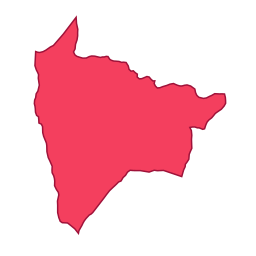 Pitangueiras, São Paulo, Brazil (Equal Earth projection), rotated 183°
{"feature_id": "56859067B99989140869249", "entity_name": "Pitangueiras", "entity_type": "district", "adm_level": 2, "iso_a3": "BRA", "parent_name": "Brazil", "parent_adm1": "São Paulo", "projection": "equal_earth", "projection_center": [-48.264, -21.003], "detail": "fine", "context": "isolated", "style": "filled", "palette": "rose", "viewbox_px": 256, "rotation_deg": 183, "n_neighbors": 0, "source": "geoboundaries", "source_scale": "gbopen_adm2", "svg_char_len": 2380}
<svg xmlns="http://www.w3.org/2000/svg" viewBox="0 0 256 256"><g transform="rotate(183 128 128)"><path d="M31.8,157.8L32.0,160.7L32.4,163.7L33.4,167.0L36.3,167.0L38.3,166.8L43.2,166.8L46.3,164.8L48.0,164.0L51.3,162.1L54.2,161.5L56.4,161.9L58.9,162.4L61.0,164.2L62.4,166.9L63.3,170.4L67.6,173.2L71.3,174.1L73.9,173.6L76.3,172.8L78.3,172.7L80.6,173.2L82.6,173.9L84.9,174.8L88.3,174.0L91.6,172.5L95.6,171.1L98.2,169.9L100.8,169.5L102.9,171.4L104.2,173.8L103.7,176.5L105.6,176.3L107.7,178.0L109.5,180.0L111.8,180.4L114.5,179.1L116.8,178.0L119.3,177.7L121.5,179.4L121.5,182.3L123.5,183.5L125.7,185.4L127.9,184.9L130.0,186.6L131.0,190.0L133.3,193.3L135.9,193.5L137.9,193.2L140.4,194.0L143.3,194.1L145.7,194.1L148.0,194.7L149.8,195.6L151.7,198.3L153.5,198.4L155.4,197.7L157.3,197.6L159.3,197.0L161.6,197.4L164.9,198.0L168.1,198.0L170.4,197.3L173.3,195.7L176.8,195.4L179.9,196.1L182.9,196.9L184.9,198.3L186.4,201.1L185.0,204.2L184.8,208.8L183.5,213.4L183.1,217.4L183.3,220.6L183.3,223.9L184.9,229.8L185.6,235.8L197.5,218.4L206.8,206.5L209.8,204.8L211.7,203.3L214.0,201.5L216.8,199.8L220.1,198.8L222.1,198.9L224.2,199.5L224.2,185.4L222.6,181.3L221.1,178.7L220.1,176.6L220.2,173.1L219.5,169.5L218.8,166.2L219.9,160.2L221.5,157.3L221.8,153.5L222.7,150.9L222.8,147.4L222.0,144.8L221.6,142.5L221.2,138.9L219.9,135.8L218.0,134.6L217.5,131.3L217.2,128.3L214.7,127.3L213.4,124.9L212.9,118.9L211.8,115.3L208.7,108.7L208.2,106.2L207.7,100.0L206.1,94.3L204.3,91.0L201.7,85.8L201.7,82.0L201.4,79.3L199.7,76.4L198.8,73.6L198.4,71.1L198.3,66.5L196.3,62.9L194.2,60.1L193.6,57.6L194.6,51.3L194.2,47.3L194.0,43.3L193.8,39.8L192.4,34.9L190.8,31.3L188.7,30.0L183.4,30.0L181.1,28.4L175.9,24.6L172.0,20.2L171.6,23.0L170.1,26.0L168.9,28.4L168.0,30.6L166.8,33.0L165.2,35.4L163.7,37.2L162.1,39.1L160.4,40.1L158.8,41.7L148.3,56.9L146.2,60.1L143.2,64.4L140.1,67.7L136.8,71.1L134.6,73.6L132.2,74.7L130.3,78.3L128.0,80.6L126.2,83.9L123.7,85.9L120.6,85.8L117.2,85.9L113.5,86.1L104.6,85.1L99.6,87.2L96.5,86.9L90.3,87.5L71.8,82.3L71.1,85.4L70.2,89.2L68.9,92.3L68.8,94.8L67.3,97.0L65.6,100.0L65.5,104.9L64.5,107.8L63.2,111.1L63.5,114.1L64.0,119.9L63.9,124.1L64.6,128.8L66.3,131.8L63.5,132.4L61.2,132.5L58.8,131.8L57.0,131.9L53.3,130.6L51.5,131.2L50.4,135.3L49.3,138.1L47.6,140.3L45.0,142.5L43.3,144.7L41.6,147.1L39.5,148.8L35.7,151.7L33.2,154.9L31.8,157.8Z" fill="#f43f5e" stroke="#9f1239" stroke-width="1.5"/></g></svg>